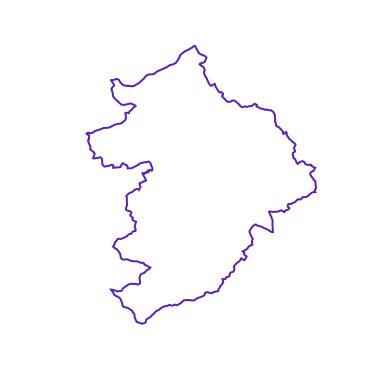 outline of Mai Son, Son La, Vietnam, rotated 287°
{"feature_id": "81297802B85756054610964", "entity_name": "Mai Son", "entity_type": "district", "adm_level": 2, "iso_a3": "VNM", "parent_name": "Vietnam", "parent_adm1": "Son La", "projection": "natural_earth1", "projection_center": [103.999, 21.168], "detail": "fine", "context": "isolated", "style": "outline", "palette": "violet", "viewbox_px": 384, "rotation_deg": 287, "n_neighbors": 0, "source": "geoboundaries", "source_scale": "gbopen_adm2", "svg_char_len": 6050}
<svg xmlns="http://www.w3.org/2000/svg" viewBox="0 0 384 384"><g transform="rotate(287 192 192)"><path d="M275.8,83.5L275.3,82.0L275.0,82.1L271.8,86.1L270.6,86.2L267.3,84.7L262.5,87.8L260.7,88.3L259.0,90.4L254.9,98.9L255.4,101.6L258.6,107.2L258.7,108.0L258.3,111.6L258.0,112.8L257.8,113.0L255.0,111.0L253.6,110.6L250.8,108.7L248.9,108.5L248.8,106.4L248.1,105.2L244.2,107.0L242.1,107.3L241.0,107.0L237.1,104.4L236.2,103.1L235.2,100.7L233.3,97.9L230.4,95.1L229.1,93.3L227.2,88.5L224.8,85.6L222.0,81.5L219.3,79.3L218.3,77.1L218.5,75.2L216.9,74.1L215.7,77.3L212.7,77.7L212.3,78.0L211.8,77.5L209.6,78.2L205.9,81.3L204.5,82.0L203.0,82.2L201.6,85.9L200.4,87.7L195.4,87.6L195.4,88.5L195.7,89.2L198.1,93.6L198.3,94.4L198.1,95.2L197.3,96.2L192.3,98.2L190.7,100.6L190.7,100.9L193.0,105.3L194.3,106.8L194.6,107.7L194.5,108.9L194.2,109.2L192.1,109.4L194.2,114.9L195.2,116.4L197.1,116.5L199.2,117.4L199.4,117.9L198.5,120.1L198.4,122.1L197.9,122.7L196.2,123.2L195.8,123.6L196.6,126.1L197.4,127.7L202.6,133.0L204.4,134.1L205.5,136.3L206.2,137.1L207.5,140.3L208.3,141.4L208.3,142.5L207.4,143.9L205.0,145.5L203.6,147.0L202.3,147.5L201.4,147.6L200.6,147.3L201.0,146.0L200.6,144.6L199.9,144.0L199.0,144.8L198.4,144.6L198.1,144.3L198.4,143.4L198.3,142.7L197.3,142.9L196.7,142.6L196.6,141.4L196.0,141.4L195.6,141.1L195.7,139.2L195.2,139.2L194.9,139.5L189.9,144.6L189.2,144.6L188.0,142.6L186.4,141.3L185.4,139.6L184.6,139.3L181.9,141.2L178.4,140.7L178.8,140.0L178.8,138.6L178.7,138.1L177.8,137.0L173.9,134.4L173.1,132.7L169.9,130.7L168.7,130.4L167.9,131.2L161.5,133.3L159.7,133.8L158.6,133.5L156.3,133.8L155.7,134.3L155.4,134.9L155.4,138.6L155.1,139.5L154.3,140.2L151.8,139.7L151.0,140.6L150.0,143.0L148.1,143.1L147.7,143.8L147.2,147.3L146.0,147.1L142.4,147.4L141.2,147.7L140.4,148.6L139.1,149.2L138.2,149.3L137.7,148.1L136.6,146.9L134.1,145.9L133.7,144.6L132.4,143.5L130.8,142.9L127.4,139.1L126.1,137.4L125.9,135.5L125.3,134.7L122.2,133.7L121.1,133.0L118.9,133.2L116.7,132.5L116.1,133.7L115.0,137.5L114.2,138.6L111.8,141.4L108.1,143.3L107.4,144.7L107.3,146.1L108.7,149.8L108.3,152.7L108.5,154.9L108.6,156.1L109.7,160.0L109.3,164.3L110.1,166.0L109.8,166.9L108.9,167.5L108.5,168.5L108.5,169.7L107.7,172.8L107.6,174.2L106.0,173.6L104.5,172.1L100.4,169.7L99.1,167.8L97.6,166.8L94.5,166.9L91.0,168.5L89.3,169.0L87.7,167.4L87.7,165.7L86.4,160.4L84.3,157.5L83.3,157.1L81.8,155.7L79.6,154.1L77.3,153.7L76.7,153.2L75.1,149.5L75.3,144.9L75.0,143.2L72.5,146.3L71.0,147.6L70.9,148.6L70.3,149.5L70.2,151.9L69.5,153.7L68.5,155.1L66.5,156.8L64.7,158.0L62.8,158.9L62.1,160.6L62.4,164.4L62.1,165.6L61.2,167.7L61.1,169.4L59.3,170.9L58.8,172.0L58.0,172.8L56.3,173.4L54.5,174.4L51.6,177.1L51.4,182.4L52.0,183.8L53.6,185.7L54.9,185.8L56.2,185.5L57.0,185.8L60.5,188.9L62.0,189.5L65.2,191.5L66.9,192.1L68.4,193.3L68.8,194.1L72.3,196.6L74.2,198.6L75.5,200.5L75.6,201.4L77.4,203.3L77.4,205.7L78.0,207.2L79.2,208.3L79.5,211.0L82.5,213.8L86.1,215.9L86.6,217.5L87.4,219.0L88.5,224.6L88.9,225.6L92.2,228.4L95.1,232.4L96.4,233.7L97.2,234.1L99.3,234.0L100.5,235.3L101.0,240.7L102.4,241.6L104.9,245.9L106.5,245.9L110.3,246.7L113.8,248.1L115.3,248.1L117.7,246.7L118.0,248.2L118.6,249.2L119.0,249.6L120.3,249.6L121.1,250.9L122.4,252.3L123.0,252.4L125.2,252.1L126.3,252.7L128.1,254.9L129.4,255.2L131.6,254.8L132.6,254.0L133.5,253.8L137.3,255.7L139.2,257.3L140.8,258.1L142.7,258.3L143.0,258.6L142.3,260.4L142.2,262.0L142.6,262.3L144.4,262.6L145.6,263.1L146.4,263.0L147.3,260.5L147.7,260.0L149.4,259.7L150.0,257.9L153.7,261.4L156.1,262.0L157.0,262.6L159.2,265.1L160.2,264.4L162.7,263.9L163.3,263.6L164.9,263.8L168.4,260.4L171.0,258.4L175.0,259.3L177.0,260.2L179.2,261.6L179.6,262.6L179.2,263.3L179.0,264.6L179.1,269.2L178.7,270.6L178.2,275.0L177.1,279.2L177.2,280.5L177.4,281.1L184.3,278.5L188.0,277.5L191.2,275.3L194.7,272.1L195.7,271.5L196.2,272.2L196.6,275.3L198.3,279.8L200.7,282.8L199.8,285.6L200.0,286.3L201.4,286.6L203.2,289.0L204.9,289.9L205.5,289.5L205.8,288.1L206.0,287.7L207.3,287.5L208.6,287.7L209.1,288.4L209.5,290.3L210.8,291.4L212.5,293.5L215.9,295.3L216.5,297.7L217.6,298.6L219.5,299.5L220.3,302.0L221.8,303.9L225.9,306.3L226.9,307.3L228.0,309.9L228.8,309.0L230.5,309.0L231.6,309.5L233.0,309.2L234.7,308.2L238.1,306.9L238.9,306.0L239.1,304.9L240.5,303.9L241.4,302.1L243.4,299.9L244.2,299.6L245.0,299.6L245.9,300.1L246.9,301.2L249.0,302.6L250.3,302.4L251.2,302.8L251.6,299.9L252.0,298.6L252.7,298.4L252.9,297.9L251.9,295.4L251.7,293.0L252.1,291.9L253.4,290.9L253.8,288.6L252.3,286.5L249.9,285.1L249.9,284.5L251.3,282.9L253.5,281.1L254.0,279.2L255.6,278.6L257.3,277.3L258.9,277.2L260.8,278.6L261.5,278.6L262.9,277.1L264.0,276.8L266.3,276.9L267.4,277.2L267.7,277.0L268.9,275.3L269.6,272.7L270.4,271.9L271.1,269.6L274.5,265.6L276.2,265.3L276.8,264.7L276.8,264.3L274.6,262.9L274.4,262.1L276.3,261.3L277.3,259.9L279.3,256.3L279.7,253.4L281.7,252.4L283.3,251.0L285.6,250.4L287.2,249.5L288.3,249.5L289.6,248.8L291.8,247.1L292.6,245.6L293.3,243.6L292.6,241.2L292.7,239.6L292.5,238.4L291.9,237.5L292.3,235.6L291.8,233.1L292.5,230.7L292.6,228.7L292.8,228.5L294.4,228.5L294.6,225.9L292.1,224.5L290.6,221.2L289.5,219.9L289.3,219.3L289.5,217.7L287.7,215.3L288.4,213.0L289.2,211.9L290.4,209.7L291.8,206.0L291.8,205.2L290.9,203.4L290.3,203.2L289.7,202.5L288.8,200.4L288.7,199.4L289.3,197.9L290.1,196.8L292.0,193.0L293.2,192.8L293.9,193.2L294.9,193.0L295.4,192.5L295.7,191.5L296.1,190.9L295.6,190.3L295.4,189.5L296.1,187.8L299.7,183.8L302.0,182.2L299.2,179.3L299.6,177.9L301.1,176.1L305.9,171.9L307.0,170.4L309.7,168.5L311.0,168.4L311.8,168.6L314.1,167.4L314.7,166.5L316.2,162.0L317.2,162.2L317.9,163.5L319.4,165.4L320.3,166.2L324.7,166.6L325.6,165.1L326.1,163.2L326.0,161.9L326.6,158.5L327.8,156.9L329.7,155.2L330.1,154.5L332.6,152.2L332.2,151.3L329.7,149.4L326.6,146.5L324.3,143.9L319.7,140.8L314.8,140.2L311.0,138.9L308.8,137.0L306.8,133.6L303.8,131.3L297.3,123.6L294.9,122.0L293.4,120.6L291.5,115.8L289.1,113.8L287.1,113.2L280.9,109.6L276.4,105.5L275.5,103.5L274.1,96.2L274.2,94.6L275.6,91.9L277.8,89.2L278.1,88.6L278.1,87.2L277.7,86.3L275.8,83.5Z" fill="none" stroke="#5b21b6" stroke-width="2"/></g></svg>